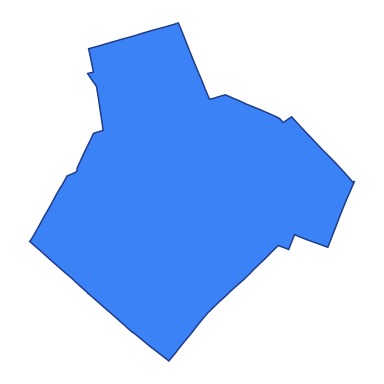 Iecea Mare, Timis, Romania (Albers equal-area conic projection)
{"feature_id": "2599482B39316750962631", "entity_name": "Iecea Mare", "entity_type": "district", "adm_level": 2, "iso_a3": "ROU", "parent_name": "Romania", "parent_adm1": "Timis", "projection": "albers", "projection_center": [20.888, 45.853], "detail": "fine", "context": "isolated", "style": "filled", "palette": "blue", "viewbox_px": 384, "rotation_deg": 0, "n_neighbors": 0, "source": "geoboundaries", "source_scale": "gbopen_adm2", "svg_char_len": 2473}
<svg xmlns="http://www.w3.org/2000/svg" viewBox="0 0 384 384"><path d="M346.6,199.2L347.2,198.1L349.3,193.4L350.5,190.6L354.4,181.5L354.1,181.4L353.4,182.8L350.5,179.5L344.0,172.1L339.9,167.7L335.5,163.0L331.6,158.9L330.1,157.4L326.3,153.6L322.6,150.0L319.9,147.1L315.2,142.1L314.6,141.5L312.9,139.6L310.2,136.8L305.9,132.4L303.2,129.4L297.6,123.4L292.0,117.2L291.7,116.8L283.1,122.5L282.3,121.4L281.7,120.8L280.9,119.9L280.2,119.2L279.7,118.8L279.1,118.3L278.3,117.7L277.8,117.5L276.3,116.8L275.1,116.3L274.0,115.8L272.8,115.2L266.9,112.6L262.9,110.9L260.1,109.6L255.8,107.9L252.7,106.6L249.6,105.4L246.1,104.0L245.2,103.6L243.2,102.6L240.6,101.4L238.6,100.5L234.9,99.0L229.8,96.7L228.6,96.2L225.6,95.0L225.3,94.8L225.2,94.9L221.7,95.8L219.0,96.6L214.0,98.2L213.0,98.5L209.6,99.3L208.7,97.4L208.1,96.0L206.7,92.6L205.1,88.9L204.1,86.2L202.2,81.5L194.4,62.9L188.6,48.5L182.9,33.9L178.4,23.0L167.0,26.4L151.4,30.6L143.8,32.8L132.7,36.3L123.2,38.8L113.4,41.7L107.4,43.4L97.9,46.2L89.0,48.6L88.6,48.6L90.6,58.0L93.5,72.1L87.6,73.5L92.0,80.1L94.2,83.1L96.5,86.5L97.5,92.5L98.2,96.9L100.0,109.1L102.1,123.1L103.1,130.4L93.9,133.2L93.7,133.3L93.2,134.0L91.3,138.2L84.0,153.0L77.0,168.4L77.1,170.4L75.8,172.2L67.7,175.7L67.0,176.0L63.4,182.7L61.5,186.2L61.2,186.3L57.4,192.7L55.4,196.3L50.1,206.2L46.7,212.1L44.3,216.2L40.1,223.9L36.2,231.0L33.8,235.2L31.0,239.8L29.6,241.4L31.4,242.9L33.8,245.0L34.3,245.5L40.6,250.9L44.3,254.3L52.6,261.8L54.5,263.4L63.2,271.0L64.5,272.1L65.3,272.9L65.6,272.9L66.0,273.3L68.6,275.6L72.6,279.1L76.8,283.1L81.4,287.3L87.6,292.7L87.5,293.0L88.2,293.6L90.1,295.1L97.8,301.8L99.7,303.5L108.2,311.0L108.3,310.9L114.5,316.4L118.4,319.9L123.3,324.2L125.8,326.4L128.2,328.7L132.4,332.3L132.6,332.1L138.8,337.1L144.1,341.5L148.4,345.1L150.1,346.5L151.5,347.6L156.9,351.6L157.2,351.8L159.6,353.8L162.3,355.9L163.6,356.9L167.8,360.1L168.8,361.0L170.3,359.2L173.1,355.9L176.3,351.9L179.7,347.4L184.6,341.4L190.4,334.5L192.9,331.3L198.1,324.5L203.5,317.9L207.3,313.6L208.7,311.9L209.7,311.1L213.2,307.6L219.2,301.8L225.3,296.3L227.5,294.2L230.6,291.2L233.3,288.7L240.0,282.8L243.8,279.5L245.9,277.4L250.5,273.0L251.4,271.9L252.0,271.3L253.8,269.4L260.8,262.7L264.9,258.9L266.3,257.5L271.7,251.9L275.3,248.4L278.3,245.6L284.8,247.9L288.7,249.5L291.8,241.5L294.5,234.7L299.1,236.6L306.9,239.7L318.4,243.8L327.8,247.3L331.4,238.1L334.5,230.1L336.9,224.0L339.8,216.2L342.2,210.1L344.3,205.1L346.6,199.2Z" fill="#3b82f6" stroke="#1e3a8a" stroke-width="1.5"/></svg>